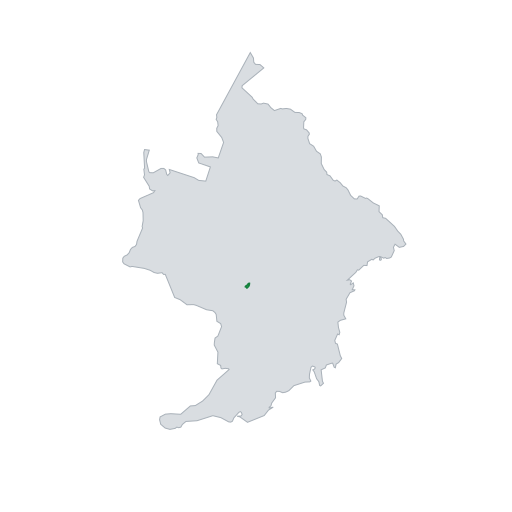 Tota, Boyacá, Colombia shown in context, rotated 198°
{"feature_id": "7082276B21893770290746", "entity_name": "Tota", "entity_type": "district", "adm_level": 2, "iso_a3": "COL", "parent_name": "Colombia", "parent_adm1": "Boyacá", "projection": "mercator", "projection_center": [-73.015, 5.476], "detail": "fine", "context": "in_parent", "style": "filled", "palette": "green", "viewbox_px": 512, "rotation_deg": 198, "n_neighbors": 0, "source": "geoboundaries", "source_scale": "gbopen_adm2", "svg_char_len": 4754}
<svg xmlns="http://www.w3.org/2000/svg" viewBox="0 0 512 512"><g transform="rotate(198 256 256)"><path d="M293.3,77.6L288.3,79.7L278.7,82.2L272.1,93.1L267.5,95.0L262.0,101.5L257.9,109.5L254.7,125.9L246.5,139.7L247.2,140.3L250.5,139.7L253.5,138.1L254.7,138.6L255.8,141.0L259.5,141.6L262.5,152.8L268.2,158.4L268.8,160.6L269.6,165.3L267.5,168.1L266.9,178.2L268.7,180.8L273.0,181.8L275.8,188.1L277.6,189.6L280.2,190.6L286.4,189.6L297.7,190.6L300.3,190.5L306.6,188.3L314.6,191.0L320.5,191.4L336.6,210.5L338.2,209.9L340.2,211.1L344.3,209.1L347.8,208.8L352.4,209.7L358.4,209.7L370.6,207.8L372.4,206.7L379.1,207.8L381.0,209.2L382.0,212.8L381.2,215.0L378.9,217.2L377.6,220.0L377.4,223.5L376.2,226.0L374.0,227.7L373.2,230.1L373.7,233.3L372.5,247.6L373.4,248.8L374.2,254.7L376.9,262.4L378.3,264.6L380.7,266.3L385.0,272.6L384.0,274.8L373.0,284.6L372.4,286.9L374.5,286.0L377.9,286.9L379.1,289.3L387.2,296.1L387.1,298.7L389.5,303.9L389.1,305.1L394.7,319.7L394.9,322.8L390.2,323.7L390.0,313.8L389.3,311.8L384.0,303.1L382.9,302.4L379.4,303.4L373.4,309.9L370.7,310.8L368.5,309.9L366.2,306.1L364.8,305.3L363.4,308.6L365.2,311.5L339.0,311.4L333.9,310.2L326.9,311.7L326.9,326.6L339.2,326.8L342.6,331.0L342.3,334.5L342.8,335.7L339.9,336.5L335.5,334.1L327.9,336.9L322.2,337.6L321.9,354.0L325.2,358.1L331.8,362.4L332.8,365.4L332.3,368.2L333.9,371.8L336.1,373.6L336.1,375.8L337.2,378.1L324.3,447.7L319.6,443.5L318.0,439.6L315.7,438.1L311.4,439.3L306.7,437.3L321.8,413.7L321.3,411.6L308.7,405.8L307.3,404.4L301.3,401.3L298.0,402.2L296.1,403.7L291.5,404.2L287.8,401.7L283.4,400.0L278.1,404.0L276.5,404.0L272.7,405.7L268.7,406.3L263.4,404.6L259.2,405.8L256.2,405.6L255.1,404.3L251.3,402.9L250.9,401.3L252.0,398.4L250.4,392.7L249.8,391.7L246.9,391.6L243.5,389.5L242.9,388.3L243.6,385.9L243.0,383.9L239.7,379.4L235.1,378.2L230.8,374.3L226.4,373.0L224.4,370.3L222.5,364.1L217.9,359.3L214.7,357.6L213.7,355.4L210.4,355.1L206.0,351.9L204.0,351.7L202.6,353.2L198.5,351.7L195.0,349.4L191.4,348.8L189.0,347.3L184.7,342.9L180.1,340.7L177.4,341.5L176.5,344.8L175.0,345.4L169.6,344.6L168.7,345.3L167.3,345.1L160.8,342.7L154.3,341.8L152.7,336.2L148.6,334.2L147.3,331.6L144.4,331.9L133.4,326.9L128.8,323.4L125.0,321.4L120.9,317.5L120.2,315.9L117.1,313.7L118.6,310.7L122.4,308.5L127.4,310.2L128.0,306.8L126.2,303.8L127.0,296.9L128.3,295.4L131.0,294.0L132.7,294.5L133.8,293.4L137.8,293.9L139.0,293.4L142.1,290.7L143.4,288.4L144.8,288.7L148.1,284.9L147.5,281.2L150.6,280.4L153.9,274.3L155.3,274.2L156.0,271.3L161.7,261.2L159.6,262.4L157.4,261.7L157.7,258.3L157.1,257.9L155.2,260.5L153.6,257.9L154.1,253.6L151.5,254.4L151.6,253.4L155.3,250.1L156.9,242.7L155.6,240.0L154.9,228.9L154.2,226.8L151.2,224.0L156.0,220.8L157.7,218.4L155.5,213.5L152.7,209.3L152.6,206.8L154.3,207.0L155.0,200.1L153.4,197.5L151.4,197.4L145.0,187.2L142.8,185.0L144.5,180.1L146.4,178.0L146.0,174.2L147.3,174.4L150.0,177.8L151.1,177.3L155.4,174.1L155.5,171.0L158.9,167.9L154.1,157.4L152.5,155.8L154.4,152.4L155.5,152.6L157.4,155.9L160.4,158.0L164.9,163.9L166.8,165.2L165.4,166.5L165.1,167.9L165.8,168.7L168.3,168.8L169.3,167.2L168.6,160.1L167.6,156.5L165.2,154.0L166.0,152.9L170.5,151.2L179.9,144.4L183.2,138.0L185.7,135.7L188.4,134.2L191.9,134.5L194.5,133.7L195.3,131.7L193.6,127.2L195.6,121.1L195.5,118.0L196.8,116.2L196.4,115.5L192.9,117.6L196.5,113.3L198.9,106.8L212.7,95.2L221.6,98.0L224.5,97.8L220.8,99.2L220.2,100.9L221.5,102.7L222.8,103.2L224.0,102.0L227.0,95.3L227.4,91.5L228.7,90.2L230.7,89.8L239.4,91.4L247.7,90.8L261.2,81.1L271.5,77.0L274.0,73.0L274.6,70.0L276.5,68.8L278.4,68.8L279.6,67.1L284.3,64.5L289.3,64.3L294.6,66.5L297.1,70.5L297.5,73.3L293.3,77.6ZM137.9,292.7L137.3,293.2L136.1,292.3L135.7,291.1L136.5,290.3L137.4,290.5L137.9,292.7Z" fill="#d9dde1" stroke="#a8b0b8" stroke-width="1"/><path d="M254.8,222.7L254.7,222.7L254.6,222.8L254.6,223.0L254.5,223.3L254.4,223.3L254.3,223.5L254.2,223.6L254.1,223.8L254.0,224.0L253.9,224.1L253.9,224.3L253.9,224.5L253.8,224.8L253.7,224.8L253.6,225.0L253.5,225.3L253.4,225.4L253.4,225.5L253.5,225.6L253.4,225.7L253.4,225.8L253.3,226.0L253.3,226.3L253.2,226.3L253.3,226.3L253.4,226.5L253.5,226.6L253.8,226.5L253.8,226.4L254.0,226.4L254.0,226.5L253.9,226.5L253.8,226.8L253.7,226.8L253.6,227.0L253.6,227.3L253.8,227.4L253.8,227.5L253.7,227.6L253.8,227.8L253.8,228.0L254.0,228.0L254.0,227.9L254.3,227.7L254.5,227.5L254.6,227.4L254.6,227.2L254.7,226.9L254.8,226.9L254.9,226.7L255.0,226.7L255.0,226.4L255.1,226.2L255.1,225.9L255.1,225.7L255.3,225.6L255.5,225.5L255.6,225.4L255.7,225.2L255.8,225.1L255.8,224.9L256.0,224.8L256.2,224.6L256.5,224.2L256.7,223.8L256.7,223.6L256.6,223.4L256.0,223.6L255.9,223.5L255.7,223.4L255.5,223.2L255.4,223.2L255.2,223.0L255.2,222.9L255.2,223.0L255.1,222.9L254.9,222.9L254.8,222.7Z" fill="#22c55e" stroke="#15803d" stroke-width="1.5"/></g></svg>